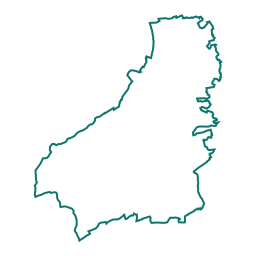 Sutesti, Vâlcea, Romania
{"feature_id": "2599482B44989926814330", "entity_name": "Sutesti", "entity_type": "district", "adm_level": 2, "iso_a3": "ROU", "parent_name": "Romania", "parent_adm1": "Vâlcea", "projection": "mercator", "projection_center": [24.211, 44.673], "detail": "fine", "context": "isolated", "style": "outline", "palette": "teal", "viewbox_px": 256, "rotation_deg": 0, "n_neighbors": 0, "source": "geoboundaries", "source_scale": "gbopen_adm2", "svg_char_len": 5814}
<svg xmlns="http://www.w3.org/2000/svg" viewBox="0 0 256 256"><path d="M136.4,221.2L139.1,220.5L139.2,220.2L142.4,219.2L142.5,218.7L149.8,216.5L150.6,217.6L150.6,218.3L150.3,219.4L150.4,221.0L151.5,222.9L157.1,222.5L163.6,222.9L167.1,222.4L170.2,217.7L173.9,217.8L175.3,217.5L178.3,218.0L179.4,218.6L179.7,218.9L179.9,219.2L178.6,219.6L178.6,221.3L178.9,222.3L183.2,222.5L185.0,222.3L184.9,216.4L186.9,215.1L188.2,214.6L188.4,214.0L190.8,212.9L194.9,210.5L194.7,210.2L197.7,208.5L198.4,209.5L200.1,208.2L200.9,209.4L201.5,209.0L202.6,207.3L203.3,205.4L204.2,203.5L202.2,199.3L200.3,196.6L199.0,193.9L198.9,193.0L198.3,192.6L198.0,190.0L198.3,188.9L197.9,187.4L197.7,185.8L198.3,183.6L198.0,181.0L197.7,179.9L198.0,178.3L197.5,175.2L197.0,174.2L196.5,173.7L194.1,172.4L193.8,172.2L193.8,171.8L193.9,171.4L198.8,167.5L206.5,162.3L206.7,162.1L206.7,161.7L209.8,159.4L209.4,158.1L209.5,157.9L211.1,157.2L210.8,156.8L210.4,156.3L210.2,154.8L210.0,154.4L209.6,154.4L209.7,153.7L212.3,153.0L213.5,151.6L214.5,149.5L209.9,150.0L208.5,150.0L208.2,149.8L207.4,148.6L206.9,147.2L205.0,146.4L204.2,142.8L203.3,140.1L204.6,139.6L205.0,140.2L206.6,139.8L207.2,139.3L208.1,137.2L208.4,137.1L209.4,137.1L210.2,137.7L211.2,137.7L211.5,136.9L211.3,135.1L212.2,134.8L210.6,129.7L205.6,131.1L203.8,132.2L197.6,133.3L197.1,133.2L195.6,134.2L195.5,134.7L193.3,135.3L192.9,132.6L194.1,131.2L196.1,128.1L197.0,127.3L199.1,126.5L208.2,126.6L209.8,126.3L211.0,125.5L214.7,126.0L215.7,125.8L215.9,125.7L215.9,125.2L216.3,124.5L218.2,122.4L214.3,123.0L213.4,121.6L214.1,121.0L217.0,119.9L217.0,119.4L216.4,119.1L215.7,118.3L214.3,118.3L213.5,118.0L213.0,117.5L212.9,116.9L212.5,116.1L213.3,114.2L212.3,112.3L207.3,110.6L206.7,112.6L202.0,110.6L201.7,110.1L201.4,110.2L201.1,109.9L200.3,108.1L201.2,107.7L202.0,106.8L205.8,108.3L207.0,108.2L208.9,107.1L210.7,104.4L210.4,103.7L209.7,103.4L209.4,102.8L208.9,101.2L207.8,100.7L206.1,101.1L204.8,101.0L203.1,101.6L202.0,101.6L200.6,101.0L199.6,101.4L198.0,101.2L197.7,101.0L197.7,100.1L197.1,98.5L204.9,98.2L205.9,99.0L206.5,99.0L208.4,97.9L208.7,98.0L209.6,96.9L209.6,96.4L209.1,95.1L207.6,94.6L207.4,93.0L206.9,92.1L206.3,92.0L206.3,91.4L206.8,90.0L206.4,88.1L210.9,87.5L214.0,86.8L214.6,84.8L212.9,84.1L212.2,83.5L212.4,83.0L212.4,82.1L214.2,79.4L214.3,78.7L217.1,79.0L219.0,81.0L220.2,79.8L219.7,79.5L221.0,77.2L220.3,77.0L221.0,74.6L220.7,74.3L220.5,72.8L219.8,72.7L219.9,72.2L219.5,71.4L219.4,69.7L219.6,69.2L220.2,68.8L220.4,65.9L220.6,65.0L219.8,62.7L221.2,62.0L220.7,61.3L219.8,60.9L219.7,60.2L218.9,59.6L218.4,60.2L217.6,59.8L216.3,57.6L216.4,56.9L216.8,56.1L218.4,54.9L218.4,54.4L218.0,53.4L215.9,50.6L216.0,49.3L215.8,48.2L215.0,46.4L216.1,44.8L215.6,44.5L214.9,44.6L211.0,45.4L210.8,46.8L210.4,47.9L209.4,48.7L208.9,48.5L207.0,46.3L209.3,43.2L209.6,43.0L209.1,41.4L211.5,40.5L212.4,40.6L213.7,40.1L213.6,39.5L214.0,39.3L214.7,38.2L214.7,37.9L214.4,37.8L214.2,37.3L213.3,37.0L213.1,35.0L212.2,35.1L211.7,29.8L212.2,29.3L213.2,28.9L212.6,26.2L209.4,21.5L207.1,22.2L207.7,22.8L207.7,23.3L204.3,27.1L203.8,27.3L203.6,27.8L201.7,28.3L201.0,27.7L200.1,27.7L197.8,23.3L198.5,22.6L198.9,22.6L199.4,21.7L200.6,21.3L202.6,20.0L202.7,18.8L200.8,16.7L200.3,16.8L200.1,17.4L199.6,17.8L199.4,18.3L199.2,18.1L198.9,17.2L197.7,17.3L196.6,16.9L196.2,16.5L194.3,17.1L193.0,17.9L192.1,17.4L191.5,17.4L191.2,17.7L190.5,18.0L187.1,17.8L187.0,17.5L185.5,17.6L185.6,17.9L184.2,18.3L182.9,18.2L183.0,17.5L182.6,17.0L182.6,16.3L181.9,15.9L181.7,15.4L176.5,17.8L176.4,16.7L176.1,16.2L174.8,16.9L173.4,16.8L172.4,18.1L169.1,18.8L168.2,18.8L165.4,18.2L158.5,18.8L159.0,20.2L159.5,21.0L156.4,22.6L149.8,22.9L150.0,24.2L150.8,26.0L151.2,28.2L152.0,30.2L152.8,35.3L153.3,37.2L153.1,39.0L153.6,41.1L153.3,47.0L152.8,50.3L151.8,54.2L151.0,58.1L146.4,56.4L145.8,58.1L146.5,58.5L146.0,60.0L146.2,60.8L146.6,61.2L146.5,61.8L144.9,64.5L144.2,66.4L143.7,67.2L142.5,66.7L141.1,68.9L140.4,69.7L139.9,70.8L140.9,71.9L139.3,72.5L136.1,71.0L132.1,70.3L131.0,70.3L129.1,71.8L128.4,72.7L127.3,75.2L131.7,80.9L132.3,81.3L129.2,85.3L128.7,86.5L128.6,88.0L127.4,90.2L123.9,94.6L122.8,96.4L122.4,96.7L122.0,99.1L121.9,99.5L121.1,99.6L121.3,100.4L119.8,101.6L120.0,102.2L119.9,102.9L119.2,104.1L119.2,106.4L113.8,109.8L113.5,107.9L109.6,110.5L107.6,111.6L105.1,113.3L104.8,112.9L99.7,116.6L96.6,117.3L95.0,118.7L94.9,119.0L95.0,120.5L94.6,121.3L93.5,122.9L92.2,124.2L90.1,124.5L88.2,126.0L87.1,127.6L83.9,129.8L82.0,130.7L80.0,131.3L77.4,132.7L74.3,136.1L70.5,138.0L67.7,138.8L67.2,139.4L66.6,140.8L65.5,142.0L63.8,142.8L62.5,143.2L61.2,143.9L58.0,144.2L56.5,145.2L55.6,144.9L54.3,143.9L52.1,144.1L50.7,145.8L50.0,147.1L49.9,147.8L49.9,150.1L50.1,150.7L51.1,151.7L51.1,152.2L50.9,152.7L49.8,153.9L48.9,155.8L47.2,157.7L46.2,158.2L43.0,158.3L40.7,163.2L37.9,167.3L35.7,170.0L35.4,170.8L35.6,171.2L35.6,173.9L36.0,175.0L35.8,176.2L36.2,180.8L36.7,181.9L36.7,182.8L36.7,183.0L35.0,185.4L34.9,186.2L35.4,187.4L35.3,189.9L35.5,190.6L35.2,191.4L34.8,195.3L35.2,195.7L35.4,196.9L38.7,195.5L40.8,195.0L44.7,193.1L49.2,192.0L49.7,191.9L50.6,192.7L51.3,193.0L53.0,192.4L54.7,192.3L55.7,192.4L56.3,192.8L56.9,193.8L57.1,196.8L57.4,198.7L58.0,200.0L59.9,202.2L60.5,207.0L64.6,206.4L66.7,206.7L69.1,207.7L71.7,208.5L73.4,210.3L73.6,211.4L73.4,213.1L75.3,215.6L76.5,219.2L76.7,221.0L76.6,225.6L75.5,227.8L74.7,230.6L75.4,231.9L76.5,233.2L77.6,236.2L78.7,238.0L79.4,240.6L80.4,239.8L83.1,238.2L86.7,235.6L90.0,233.8L89.2,232.1L88.5,231.3L93.9,229.3L96.3,227.9L97.9,226.0L98.7,224.2L99.8,223.1L101.0,222.7L105.7,222.0L106.4,223.6L107.2,222.7L109.1,221.3L112.3,219.8L114.2,219.4L116.2,219.5L118.4,219.2L119.8,218.4L122.8,216.1L124.2,214.6L124.4,214.7L124.4,215.5L125.6,219.1L127.0,218.7L129.0,216.8L131.7,215.3L132.9,215.6L133.8,214.4L134.0,213.6L135.4,214.5L136.8,214.5L136.9,218.4L136.4,221.2Z" fill="none" stroke="#0f766e" stroke-width="2"/></svg>